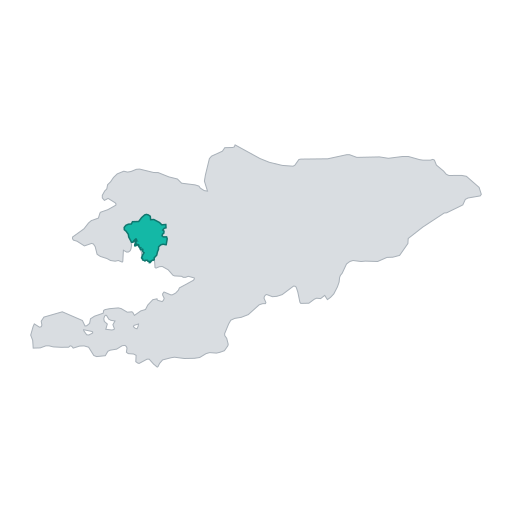 Aksy, Jalal-Abad, Kyrgyzstan (highlighted)
{"feature_id": "92254566B91870042144057", "entity_name": "Aksy", "entity_type": "district", "adm_level": 2, "iso_a3": "KGZ", "parent_name": "Kyrgyzstan", "parent_adm1": "Jalal-Abad", "projection": "orthographic", "projection_center": [71.846, 41.557], "detail": "fine", "context": "in_parent", "style": "filled", "palette": "teal", "viewbox_px": 512, "rotation_deg": 0, "n_neighbors": 0, "source": "geoboundaries", "source_scale": "gbopen_adm2", "svg_char_len": 6913}
<svg xmlns="http://www.w3.org/2000/svg" viewBox="0 0 512 512"><path d="M103.7,310.4L105.1,309.6L109.5,308.7L118.3,307.9L121.2,308.6L127.3,312.2L131.8,311.8L132.7,312.3L134.4,315.4L140.8,310.9L145.5,309.5L147.8,305.0L152.8,299.7L157.0,298.8L157.1,299.7L157.9,300.4L162.2,301.6L163.5,300.2L164.2,298.3L162.7,295.2L162.6,293.9L164.0,292.0L170.9,294.9L172.4,294.8L175.6,293.1L178.4,290.2L179.4,287.9L193.4,280.3L194.4,278.9L194.2,277.9L188.3,276.3L185.6,277.3L183.2,277.3L181.7,276.3L174.5,275.9L172.9,275.2L168.2,269.8L162.3,266.5L159.4,266.7L156.0,268.1L155.0,267.5L154.7,262.4L154.0,259.4L152.0,258.7L149.4,259.9L142.2,258.3L141.4,251.9L138.7,246.3L134.9,244.1L134.8,240.7L133.5,239.3L132.3,239.7L130.9,241.4L131.6,245.1L131.0,248.8L130.2,250.7L128.5,252.0L126.6,252.1L123.4,250.2L122.8,261.4L122.2,262.1L118.3,260.5L115.2,261.2L110.5,260.5L107.1,258.6L100.3,256.4L97.1,254.3L95.2,246.7L93.4,244.0L91.6,243.4L84.4,245.9L77.0,241.2L73.4,240.1L72.5,238.7L72.6,237.0L84.0,228.8L88.5,223.0L91.3,220.6L98.4,218.1L100.0,212.9L100.6,212.2L107.8,209.7L115.8,205.2L116.0,203.9L115.2,202.8L108.1,198.4L104.4,200.4L102.3,197.9L102.3,195.3L104.7,191.0L106.8,188.9L107.6,184.7L110.5,181.9L113.5,177.5L117.2,173.9L123.8,171.2L127.5,172.1L131.0,171.5L136.4,169.3L139.7,169.1L153.6,172.5L158.2,172.6L168.9,176.9L177.4,179.0L181.6,183.2L195.2,184.9L198.9,186.1L200.3,188.1L204.2,190.6L207.5,191.1L204.4,181.1L205.4,175.1L209.4,158.6L211.6,156.1L222.4,151.2L224.8,147.7L232.7,147.5L234.3,146.9L235.1,144.9L259.9,158.5L269.3,162.3L282.2,165.4L293.0,166.2L294.8,165.3L298.9,159.5L300.9,159.1L327.7,158.8L346.7,154.7L349.5,154.7L356.8,157.4L379.4,156.9L388.4,158.3L402.5,156.5L408.4,156.5L419.4,159.6L423.2,160.2L430.2,160.2L432.8,159.4L434.4,160.1L436.4,165.1L443.5,171.0L446.3,174.3L448.9,175.5L461.5,175.4L466.4,176.3L479.1,187.4L481.3,194.3L480.2,195.9L468.0,198.0L465.3,199.4L462.8,204.9L446.7,212.8L444.2,213.0L422.9,227.0L408.2,238.5L407.9,243.5L399.6,255.4L392.8,257.2L387.0,257.4L377.6,261.5L365.3,261.1L361.1,261.5L353.0,260.5L349.8,261.5L346.5,264.0L342.2,273.2L340.4,275.4L339.6,277.5L339.1,282.0L337.5,286.7L333.8,293.9L330.5,297.4L327.4,299.6L324.7,295.4L320.6,298.6L316.6,298.2L314.3,299.2L308.9,303.2L300.8,303.4L299.9,302.2L297.8,292.0L296.2,287.2L295.0,286.2L293.5,286.1L282.2,294.6L276.9,296.3L272.5,296.7L266.6,294.5L265.4,295.1L264.4,296.5L264.0,298.1L265.9,302.6L265.4,303.6L262.8,303.6L259.2,304.8L248.3,314.6L241.3,317.3L234.7,318.4L230.8,320.2L228.7,323.8L224.6,333.7L224.8,335.7L226.7,338.3L228.2,344.2L227.9,345.7L224.4,350.7L219.9,352.3L216.4,353.1L209.6,352.6L206.1,353.6L199.7,357.5L194.4,358.3L184.3,358.5L174.5,357.2L171.2,357.7L162.6,359.9L159.6,363.4L158.0,366.6L157.2,367.1L153.7,364.2L149.2,359.2L147.0,359.2L139.2,363.4L138.0,363.2L135.8,361.7L136.1,355.3L133.5,354.0L128.2,353.6L126.4,352.2L127.0,348.1L126.4,346.6L125.0,345.4L122.2,345.7L116.7,349.1L110.1,350.2L107.9,351.3L105.3,355.7L96.6,356.6L93.8,355.5L88.6,347.2L84.1,345.9L79.5,346.1L73.2,348.1L71.8,346.3L70.2,345.8L68.7,347.2L61.1,347.3L53.3,346.9L48.9,345.8L46.0,345.8L40.2,347.9L33.2,348.1L32.7,340.4L30.7,335.1L33.1,326.6L34.3,323.9L39.5,327.2L41.3,326.7L41.9,325.1L41.2,321.2L43.9,317.1L62.3,311.8L82.4,320.5L85.0,326.0L86.7,325.8L89.6,323.4L90.5,318.8L94.5,316.2L103.2,313.2L103.7,310.4ZM114.0,329.5L114.4,328.7L112.9,324.7L115.0,321.0L110.9,320.3L108.8,319.2L106.5,315.4L105.7,315.2L104.5,316.2L103.8,318.7L104.3,321.4L107.3,324.0L105.8,329.3L111.9,330.0L114.0,329.5ZM92.7,333.0L92.6,331.8L91.2,331.3L83.6,329.7L83.8,330.8L86.7,334.8L88.9,335.0L92.7,333.0ZM138.1,326.4L138.5,324.0L134.0,325.4L133.4,326.7L135.0,328.2L137.0,328.8L138.1,326.4Z" fill="#d9dde1" stroke="#a8b0b8" stroke-width="1"/><path d="M131.5,242.2L131.8,242.2L131.9,242.3L132.0,242.3L132.1,242.2L132.4,242.2L132.6,242.3L132.7,242.2L133.1,242.0L133.3,242.0L133.4,241.8L133.4,241.7L133.5,241.7L133.8,241.4L133.8,241.2L134.0,241.1L134.0,240.9L133.9,240.7L134.2,240.4L134.6,240.2L134.8,240.0L134.8,239.9L134.9,239.6L135.1,239.6L135.3,239.4L135.5,239.3L135.7,239.1L135.8,238.9L136.1,238.9L136.3,239.1L136.5,239.5L136.6,239.9L136.3,239.9L136.2,240.1L135.9,240.2L135.8,240.3L135.7,240.3L135.8,240.5L135.9,240.4L136.0,240.4L136.0,240.5L136.3,240.7L136.2,240.7L136.1,240.9L136.2,241.0L136.1,241.3L135.9,241.4L135.8,241.5L136.0,241.8L135.9,241.9L135.9,242.0L135.8,241.9L135.7,241.9L135.6,242.0L135.4,241.9L135.4,242.0L135.5,242.2L135.4,242.3L135.4,242.2L135.4,242.4L135.5,242.7L135.5,242.8L135.6,243.0L135.7,243.3L135.8,243.4L135.7,243.5L135.4,243.7L135.4,243.8L135.2,243.9L135.2,244.0L134.9,244.4L134.8,244.5L134.7,244.9L134.7,245.0L134.8,245.1L134.7,245.2L134.7,245.7L134.8,245.9L135.0,245.9L135.3,245.9L135.7,245.8L135.8,245.2L135.7,244.9L135.9,244.8L136.0,244.5L136.2,244.3L136.4,244.2L136.6,244.2L136.9,244.5L136.9,244.8L137.1,245.2L137.3,245.1L137.5,244.9L137.7,244.5L137.9,244.4L138.1,244.5L138.3,244.6L138.7,244.9L138.7,245.2L138.8,245.5L138.7,245.6L138.8,245.9L138.7,246.1L138.8,246.3L138.9,246.6L139.0,246.6L139.2,247.0L139.3,247.0L139.5,247.3L139.6,247.5L139.7,247.4L139.8,247.5L140.0,247.7L140.3,247.7L140.2,247.8L140.3,247.9L140.2,248.0L140.3,248.1L140.2,248.2L140.3,248.3L140.5,248.3L140.5,248.7L140.4,249.1L140.5,249.5L140.9,249.6L141.3,249.7L141.7,249.8L141.8,249.8L141.7,249.7L141.8,249.6L142.0,249.5L142.0,249.4L142.1,249.2L142.3,249.1L142.5,249.2L142.4,249.3L142.8,249.7L142.8,250.2L142.3,250.4L142.6,251.1L142.7,251.3L142.8,251.5L143.0,251.8L143.1,252.0L143.4,252.2L143.5,252.3L143.7,252.5L143.9,252.6L144.1,252.7L144.1,252.8L143.9,253.0L143.7,253.3L143.3,253.5L143.3,254.0L143.2,254.3L143.1,254.5L142.9,254.7L142.5,254.9L142.5,255.1L142.5,255.3L142.4,256.0L142.2,256.1L142.2,256.4L142.2,256.6L141.8,257.0L141.5,257.9L141.6,258.1L141.9,258.3L142.4,258.4L142.5,258.5L142.4,259.1L142.5,259.7L142.9,260.1L143.3,260.2L143.5,260.2L143.8,260.3L144.0,260.4L144.2,260.5L144.3,260.5L144.5,260.6L144.9,261.0L145.2,260.9L145.6,260.3L146.7,260.3L146.9,260.3L147.2,260.3L147.5,260.4L147.5,260.6L147.7,261.0L147.8,261.1L148.0,261.3L148.3,261.5L148.5,261.5L148.8,261.5L149.0,261.6L149.3,261.7L149.3,261.8L149.5,261.8L149.5,262.0L149.6,261.9L149.6,262.0L149.8,262.1L149.9,262.3L150.0,262.3L150.1,262.5L150.3,262.3L150.5,262.1L151.1,261.5L151.1,261.4L151.2,261.2L151.3,260.9L151.5,260.7L151.8,260.5L152.2,260.5L152.4,260.4L152.6,260.2L152.9,260.0L153.0,260.1L153.3,260.2L153.6,260.1L154.0,259.9L154.1,260.0L154.2,259.9L154.2,260.0L154.2,257.8L156.7,255.2L157.5,251.7L158.5,249.4L158.6,246.8L160.8,244.8L163.1,244.2L165.5,244.7L166.2,244.7L167.2,238.8L166.6,236.9L163.3,236.9L162.0,235.8L162.6,234.0L163.8,233.2L164.0,231.1L162.7,230.1L164.2,228.3L166.0,227.8L165.8,224.5L161.8,224.8L159.5,222.5L153.8,219.5L150.6,219.7L150.3,216.3L148.3,214.9L146.4,214.4L144.7,214.9L141.6,217.6L138.7,221.5L132.5,221.7L131.3,224.0L128.3,224.2L125.9,225.3L124.2,227.4L124.3,229.7L126.1,231.2L128.3,234.3L128.7,237.0L131.5,242.2Z" fill="#14b8a6" stroke="#0f766e" stroke-width="1.5"/></svg>